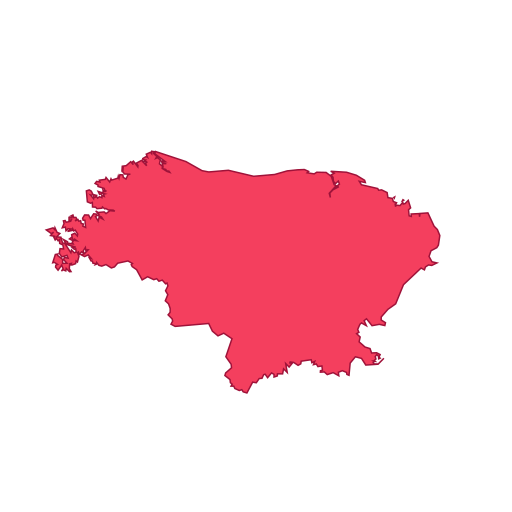 the district of Arraiján, Panama, rotated 318°
{"feature_id": "35544464B31550191226189", "entity_name": "Arraiján", "entity_type": "district", "adm_level": 2, "iso_a3": "PAN", "parent_name": "Panama", "parent_adm1": "", "projection": "albers", "projection_center": [-79.724, 8.989], "detail": "fine", "context": "isolated", "style": "filled", "palette": "rose", "viewbox_px": 512, "rotation_deg": 318, "n_neighbors": 0, "source": "geoboundaries", "source_scale": "gbopen_adm2", "svg_char_len": 6156}
<svg xmlns="http://www.w3.org/2000/svg" viewBox="0 0 512 512"><g transform="rotate(318 256 256)"><path d="M235.3,394.3L237.4,400.4L239.4,397.5L243.4,399.0L245.4,403.1L244.3,404.8L245.3,406.9L254.3,398.6L262.4,397.4L265.9,402.7L264.6,410.5L274.3,418.1L282.6,417.6L274.6,418.0L271.6,415.3L271.7,413.6L272.9,413.0L273.4,414.2L273.1,412.9L274.0,413.9L273.8,412.7L276.2,412.8L277.3,410.5L279.7,410.1L280.0,412.5L278.4,414.5L279.9,415.0L279.8,413.4L282.3,412.3L280.9,408.6L277.0,405.4L278.8,401.1L276.1,396.6L275.2,388.8L279.2,385.9L278.8,381.0L281.4,381.6L282.4,378.6L287.5,376.3L289.6,376.3L291.4,381.6L293.1,376.4L296.1,376.6L295.6,385.4L301.9,389.3L305.2,393.9L307.6,392.2L306.2,387.3L308.3,385.1L318.4,383.9L327.8,385.0L346.4,376.0L370.6,375.4L371.9,379.0L374.6,377.5L378.2,378.1L380.3,380.6L385.8,382.2L382.9,378.0L384.3,372.1L389.6,369.2L395.9,370.8L398.8,370.0L406.3,363.8L408.5,357.7L408.3,353.0L412.6,339.0L406.3,334.1L403.8,336.3L405.7,333.7L399.4,328.6L397.9,330.5L396.7,328.6L400.3,323.7L403.1,323.7L406.4,316.5L401.9,316.8L400.2,315.9L401.0,314.3L396.8,314.9L394.0,311.8L392.7,312.8L394.5,310.0L394.4,311.0L396.1,310.5L394.5,307.4L395.9,304.4L393.1,300.9L395.9,296.6L393.6,290.9L391.2,289.2L391.6,287.3L382.0,273.6L382.7,269.6L386.4,274.6L387.4,272.4L384.6,263.1L379.3,254.3L368.2,243.0L369.5,246.8L366.1,246.0L365.9,249.1L363.5,252.3L363.5,255.4L367.3,255.4L366.1,258.4L363.9,258.2L363.3,259.8L360.2,259.0L363.3,258.0L353.0,258.6L350.4,262.3L352.4,258.4L362.6,257.4L361.8,255.3L365.2,247.2L364.0,240.8L357.2,234.4L354.2,233.9L349.7,228.4L351.7,228.3L349.8,224.1L344.6,219.8L336.1,213.6L324.4,207.9L307.6,195.2L292.8,173.8L277.1,161.9L273.0,156.5L267.1,138.9L251.2,111.0L249.2,112.3L251.7,124.9L249.3,122.1L248.7,123.5L251.1,127.4L248.2,124.6L246.8,127.3L245.1,128.6L246.9,131.3L246.5,132.8L248.1,134.7L247.9,136.2L246.4,133.6L244.9,128.1L246.6,126.7L245.9,122.9L249.2,120.5L248.6,117.0L246.9,116.4L248.9,115.8L248.5,111.3L250.1,110.3L248.6,108.4L246.9,110.2L247.0,108.3L242.6,106.9L241.4,110.2L240.9,108.6L237.1,107.8L236.4,108.7L238.2,110.8L235.8,110.8L237.5,112.1L237.7,113.2L236.0,113.1L235.1,115.8L235.0,108.4L229.2,106.9L228.9,109.7L227.8,110.7L228.4,103.5L226.9,103.4L225.9,106.0L226.0,102.1L220.0,102.0L216.7,99.8L214.0,102.4L215.8,102.0L213.3,104.3L213.2,107.1L217.4,111.2L215.6,109.8L210.9,111.8L210.0,108.8L211.3,106.6L209.3,104.5L206.2,106.6L207.1,104.5L205.4,105.7L199.5,103.0L199.9,101.6L196.8,103.1L197.1,97.3L195.3,98.2L190.3,94.8L189.5,96.6L187.5,93.9L184.9,94.4L186.1,97.6L185.1,98.6L188.4,104.2L187.3,106.7L188.6,107.4L186.8,107.1L186.5,104.5L185.5,106.2L183.8,105.7L181.9,102.4L181.0,105.6L184.2,107.2L185.2,108.7L184.0,108.1L183.1,110.2L181.9,107.9L180.5,109.5L179.3,107.2L177.0,107.0L177.3,105.3L175.7,104.7L178.1,104.3L176.5,101.9L173.6,104.7L173.8,99.9L174.5,101.2L176.2,100.5L177.0,97.6L176.3,95.3L173.5,94.1L166.9,102.9L168.4,106.1L170.2,106.7L167.3,110.2L169.5,112.4L169.5,114.4L173.5,117.4L174.7,116.8L175.2,119.9L176.2,120.2L177.0,122.8L180.6,126.4L181.1,128.2L177.8,124.6L172.9,124.1L172.7,121.7L167.8,118.0L167.0,115.2L167.2,120.0L165.8,120.4L167.3,123.6L166.9,126.1L165.4,122.2L162.1,124.4L163.1,119.3L165.1,119.6L165.6,118.3L163.6,116.0L158.0,117.5L159.0,113.5L156.1,110.8L152.4,111.9L151.5,113.7L152.8,115.0L148.5,120.8L147.3,118.0L149.1,116.7L147.9,114.8L149.3,112.4L147.6,111.6L148.1,109.8L145.0,108.9L147.6,108.7L148.0,106.8L146.3,105.4L147.4,103.0L145.1,102.4L146.2,103.6L144.6,104.4L142.7,102.4L140.8,104.5L142.9,105.6L141.5,106.2L137.5,103.9L137.9,101.9L136.4,101.0L135.1,103.4L130.9,105.4L133.7,107.0L131.7,110.1L134.6,109.9L136.6,112.1L132.4,111.7L136.6,114.1L138.0,113.2L137.3,115.4L139.0,115.8L138.2,120.4L136.6,121.6L136.6,117.8L133.3,116.8L131.3,120.0L131.1,118.7L128.8,118.5L129.9,121.3L132.5,122.0L133.0,124.7L131.1,122.4L128.6,122.8L128.2,124.7L125.4,121.3L123.9,122.3L128.0,128.8L125.1,126.6L125.5,129.5L126.9,130.0L124.9,132.8L123.1,132.0L122.9,128.1L120.6,129.7L122.1,120.2L123.5,121.2L125.5,119.3L124.0,115.1L123.1,119.4L120.9,116.9L123.6,111.5L120.6,108.4L125.3,108.0L124.0,105.3L125.5,100.5L124.1,101.6L124.0,99.3L117.6,96.3L118.9,102.4L121.6,102.8L117.0,103.3L120.0,107.2L118.5,106.3L117.5,109.7L119.4,109.4L119.1,112.3L121.1,112.3L118.5,115.3L119.9,118.6L117.7,122.0L115.3,119.4L111.6,122.4L111.1,126.7L116.0,129.0L114.9,131.9L112.7,128.9L110.6,129.9L110.7,134.9L107.3,132.1L110.0,129.2L108.9,122.8L110.0,121.9L107.9,120.6L100.4,125.0L101.9,125.8L102.9,129.5L101.1,128.9L99.6,130.1L99.4,134.1L105.4,132.8L104.2,136.3L101.3,137.1L103.3,137.0L104.7,139.8L106.7,138.2L106.9,142.9L108.1,143.8L108.7,140.6L112.3,137.1L113.9,138.0L112.5,138.8L113.3,139.6L116.8,141.0L119.0,139.3L119.3,141.0L124.2,137.8L125.6,134.1L126.7,134.1L125.7,136.6L129.2,136.2L130.1,138.8L131.0,136.6L134.9,135.5L132.8,138.7L134.8,138.3L135.5,139.1L129.8,139.5L126.9,138.1L128.2,141.7L132.0,142.9L131.9,147.5L130.9,145.8L130.1,149.3L131.0,150.4L130.0,152.3L131.9,154.6L130.9,154.9L131.9,155.3L133.2,154.2L133.0,157.8L134.6,160.3L138.8,162.0L140.5,168.1L143.5,169.4L148.4,168.8L157.5,174.0L159.2,178.9L157.5,178.9L156.9,181.0L158.1,186.3L155.4,197.6L161.6,198.9L164.2,205.2L167.0,206.4L167.0,209.8L170.2,211.2L170.2,216.2L171.8,216.6L170.5,219.3L165.5,221.3L164.6,225.7L158.6,228.6L159.0,233.0L157.1,237.6L154.5,240.4L151.3,240.9L151.6,246.6L150.5,248.6L147.2,249.8L148.8,254.2L175.7,274.5L173.3,282.7L174.3,289.9L180.4,291.8L182.8,301.4L166.2,310.7L165.1,319.8L163.0,322.7L155.2,322.6L152.9,324.0L154.0,330.4L152.2,333.0L152.5,335.3L150.4,336.0L152.4,337.9L151.6,340.3L153.6,344.8L156.0,345.8L155.6,348.4L157.6,351.7L169.1,347.5L171.4,350.4L176.4,349.2L178.6,350.9L182.3,349.3L183.7,350.0L183.2,354.2L189.3,353.3L190.2,356.0L188.4,358.0L191.6,359.4L193.1,357.9L196.9,361.4L201.0,358.3L201.3,363.4L206.1,355.8L206.3,360.7L210.9,360.0L209.6,358.1L210.5,357.6L212.8,360.3L214.1,365.4L217.1,366.1L219.2,364.4L227.6,370.0L226.1,372.7L229.1,373.6L226.0,375.2L228.6,376.6L228.0,379.6L231.4,381.8L229.0,385.3L227.1,384.4L226.1,385.4L229.2,387.9L229.6,391.8L235.3,394.3ZM401.8,312.9L403.1,313.3L402.9,312.5L401.8,312.9ZM397.5,305.5L398.5,304.9L397.6,304.7L397.5,305.5Z" fill="#f43f5e" stroke="#9f1239" stroke-width="1.5"/></g></svg>